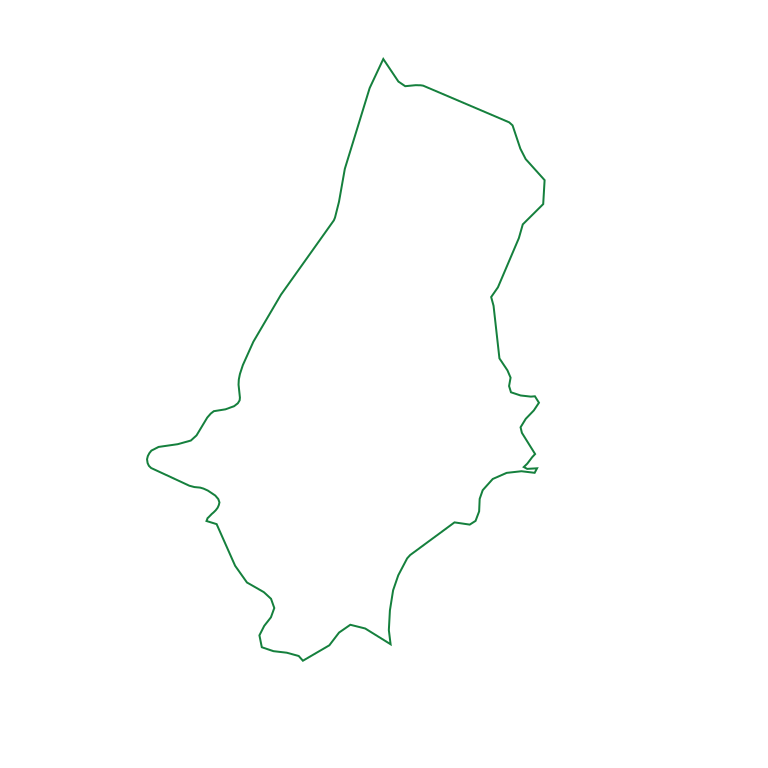 SVG path tracing the border of Lattakia, rotated 208°
{"feature_id": "SYR-134", "entity_name": "Lattakia", "entity_type": "Province", "adm_level": 1, "iso_a3": "SYR", "parent_name": "Syria", "parent_adm1": "", "projection": "equal_earth", "projection_center": [36.019, 35.573], "detail": "fine", "context": "isolated", "style": "outline", "palette": "green", "viewbox_px": 768, "rotation_deg": 208, "n_neighbors": 0, "source": "natural_earth", "source_scale": "10m", "svg_char_len": 1580}
<svg xmlns="http://www.w3.org/2000/svg" viewBox="0 0 768 768"><g transform="rotate(208 384 384)"><path d="M466.0,181.7L476.4,179.7L476.8,182.8L476.4,183.8L475.1,188.3L474.2,190.6L473.3,193.5L472.8,196.6L473.0,199.5L473.7,202.2L476.3,204.6L480.6,206.3L489.5,207.2L494.3,206.9L497.7,206.2L503.0,204.0L508.1,202.8L550.2,200.5L553.2,201.4L555.6,203.2L557.9,206.3L558.7,209.5L558.7,212.8L558.1,216.0L553.5,222.6L537.9,234.0L528.0,243.4L525.4,250.6L524.3,271.4L523.1,276.5L521.5,280.1L512.1,287.2L505.9,294.1L504.0,298.4L503.8,301.8L504.8,304.3L512.1,315.1L514.3,319.8L515.9,325.2L517.5,334.4L519.2,360.0L516.9,414.6L505.1,505.0L505.4,508.0L509.3,523.8L519.6,555.6L535.6,638.6L537.2,670.6L513.3,657.8L505.1,656.9L496.5,662.6L492.0,664.9L489.5,665.8L396.3,673.8L391.9,672.7L374.1,655.8L364.5,649.1L337.9,639.4L327.9,617.6L336.4,590.1L333.4,576.1L328.8,522.9L330.2,511.1L324.0,504.5L294.1,460.8L281.4,454.0L275.2,449.0L272.6,440.9L268.0,436.3L258.0,438.0L248.4,441.8L245.0,444.0L238.4,440.2L239.3,431.0L242.5,419.8L243.1,409.9L239.3,405.6L217.7,393.1L218.8,389.0L220.1,380.9L221.6,376.3L217.7,376.3L209.3,381.4L209.3,376.3L221.7,371.5L234.0,363.1L243.4,351.2L247.0,336.6L245.6,327.5L240.2,316.2L238.9,306.1L242.3,300.1L256.8,294.9L280.6,245.3L281.7,240.9L281.6,221.8L279.1,206.1L272.5,186.9L264.2,169.0L256.0,157.3L285.8,159.3L300.7,155.6L307.0,143.4L309.6,127.6L325.7,101.6L331.6,103.8L343.7,101.1L356.2,96.2L368.3,94.2L376.0,103.6L376.2,114.2L374.3,124.9L375.7,134.7L382.9,141.3L392.4,143.8L411.8,144.4L430.1,153.6L466.0,181.7Z" fill="none" stroke="#15803d" stroke-width="2"/></g></svg>